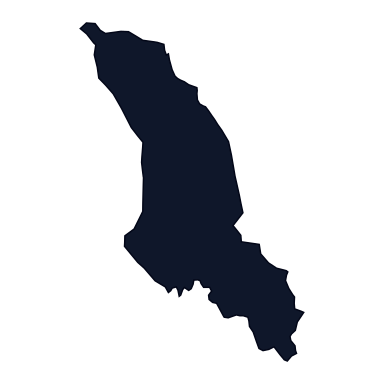 Commonwealth 2, Grand Bassa, Liberia (Natural Earth projection)
{"feature_id": "62588387B22492671376188", "entity_name": "Commonwealth 2", "entity_type": "district", "adm_level": 2, "iso_a3": "LBR", "parent_name": "Liberia", "parent_adm1": "Grand Bassa", "projection": "natural_earth1", "projection_center": [-10.038, 5.878], "detail": "fine", "context": "isolated", "style": "filled", "palette": "ink", "viewbox_px": 384, "rotation_deg": 0, "n_neighbors": 0, "source": "geoboundaries", "source_scale": "gbopen_adm2", "svg_char_len": 1947}
<svg xmlns="http://www.w3.org/2000/svg" viewBox="0 0 384 384"><path d="M168.4,292.5L170.7,290.7L172.2,288.1L176.3,286.9L178.0,290.3L179.2,296.3L180.7,295.1L182.7,289.6L184.4,287.5L188.7,290.4L191.2,288.7L193.1,284.2L193.8,280.1L197.8,279.8L200.1,280.7L201.1,283.6L203.6,287.3L209.6,287.3L211.6,291.1L208.6,295.2L209.1,299.5L212.6,302.4L216.6,303.3L219.9,309.4L223.5,316.1L224.2,317.2L228.2,317.8L236.4,314.9L239.7,315.7L243.2,315.7L247.9,317.2L248.9,320.9L249.5,326.5L253.2,332.0L256.5,341.6L259.0,348.5L263.0,350.6L268.8,349.4L274.0,346.8L275.8,349.1L280.0,354.6L284.3,359.8L287.3,361.0L291.5,356.0L296.5,353.4L295.5,350.5L295.0,345.8L290.8,340.6L290.0,336.5L291.5,333.9L295.3,330.4L297.3,322.0L302.2,314.7L303.7,312.4L301.0,311.2L294.7,308.9L294.2,303.4L294.5,297.0L292.7,294.7L288.8,288.5L285.5,280.6L286.5,275.1L287.8,271.9L286.3,270.7L283.3,269.9L276.5,268.2L268.5,262.9L260.7,253.9L259.2,244.4L242.7,242.0L241.3,241.8L240.8,235.3L234.3,227.1L232.9,225.7L242.9,212.8L240.9,203.4L239.3,195.2L236.2,181.4L235.0,176.2L234.4,172.6L233.5,167.3L232.7,162.7L231.4,155.1L228.5,141.6L221.8,130.3L217.6,124.4L214.5,119.4L211.7,115.5L208.3,110.5L207.6,109.6L205.5,106.8L203.3,106.0L199.6,103.9L197.4,99.9L196.9,93.6L197.2,90.5L196.9,87.7L188.6,84.7L184.4,81.8L180.6,80.2L177.6,78.5L175.0,76.1L172.1,69.7L169.4,59.8L168.4,53.9L166.3,55.0L164.6,50.3L163.9,44.4L157.3,42.4L154.2,41.9L142.7,40.3L136.2,36.3L128.5,31.7L120.9,31.4L105.4,33.5L100.2,30.3L95.1,23.6L86.4,23.0L84.7,24.6L80.3,28.6L86.7,33.9L93.7,42.9L95.8,44.8L94.3,54.9L97.3,67.2L98.8,78.1L105.6,85.1L113.2,93.8L120.7,106.9L121.8,108.9L131.3,127.5L137.7,135.8L143.0,142.3L142.7,147.1L142.3,152.3L142.0,155.8L141.6,162.4L141.8,164.1L142.2,167.6L142.7,171.8L143.3,176.7L143.5,177.7L143.3,185.1L142.9,203.2L142.8,211.4L141.0,215.1L134.1,229.0L124.9,235.8L124.7,242.9L124.5,246.3L137.8,262.4L144.2,268.1L155.1,280.8L165.3,286.9L168.4,292.5Z" fill="#0f172a" stroke="#020617" stroke-width="1.5"/></svg>